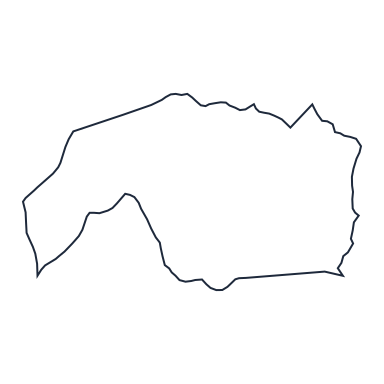 Pires Ferreira, Ceará, Brazil, rotated 180°
{"feature_id": "56859067B7581149614600", "entity_name": "Pires Ferreira", "entity_type": "district", "adm_level": 2, "iso_a3": "BRA", "parent_name": "Brazil", "parent_adm1": "Ceará", "projection": "equal_earth", "projection_center": [-40.577, -4.258], "detail": "fine", "context": "isolated", "style": "outline", "palette": "slate", "viewbox_px": 384, "rotation_deg": 180, "n_neighbors": 0, "source": "geoboundaries", "source_scale": "gbopen_adm2", "svg_char_len": 1639}
<svg xmlns="http://www.w3.org/2000/svg" viewBox="0 0 384 384"><g transform="rotate(180 192 192)"><path d="M346.7,196.6L349.8,193.6L358.4,186.0L361.0,182.3L358.4,171.7L357.9,160.8L357.4,151.1L354.5,144.5L351.1,137.1L348.7,130.3L346.9,120.3L346.5,108.3L342.7,114.3L338.9,118.6L328.2,125.1L325.0,127.9L319.5,132.4L311.7,140.5L305.2,147.9L301.6,154.2L297.2,167.4L294.4,171.2L290.0,171.2L284.6,170.8L276.2,173.4L271.5,176.0L267.0,180.7L258.8,190.2L254.0,189.1L249.6,186.9L245.3,181.2L242.9,175.2L236.9,164.7L232.8,155.4L228.2,146.6L224.2,141.4L223.2,135.7L221.5,127.9L219.2,118.9L214.8,115.6L212.3,111.6L208.5,108.3L204.5,103.9L198.5,102.3L192.8,103.0L188.8,104.0L182.0,104.5L177.6,99.7L173.5,96.1L167.7,93.9L161.7,94.0L156.6,97.1L152.6,100.9L148.7,104.7L145.0,105.8L138.1,106.1L59.3,112.4L41.1,108.2L46.2,115.8L42.6,121.1L40.7,127.9L36.1,131.6L30.9,140.5L33.1,145.2L31.3,153.5L30.1,161.7L25.3,168.4L28.9,171.4L31.3,175.5L31.7,184.8L31.0,192.1L31.9,198.3L32.1,207.2L30.5,215.4L27.5,225.3L24.5,231.5L23.0,237.8L27.9,245.2L33.8,247.1L39.8,248.3L43.7,250.7L49.0,251.9L51.3,259.7L56.7,262.7L61.9,263.2L66.7,269.8L69.5,275.1L71.7,279.6L93.6,256.4L97.3,260.0L102.1,264.6L105.8,266.5L109.9,268.4L114.8,270.4L120.1,271.3L124.8,272.3L128.1,275.5L130.1,279.8L133.7,277.6L138.5,274.6L144.1,273.9L148.8,276.3L154.5,278.5L158.1,281.4L163.3,281.7L169.1,280.8L174.8,279.8L178.4,277.9L183.2,278.7L188.2,283.1L191.8,286.5L196.7,290.1L202.5,289.0L208.3,290.1L213.3,289.6L218.3,286.9L222.2,284.1L232.8,279.0L261.0,269.2L310.7,252.6L315.3,244.8L318.6,237.0L323.6,221.1L325.8,216.7L331.0,210.4L346.7,196.6Z" fill="none" stroke="#1e293b" stroke-width="2"/></g></svg>